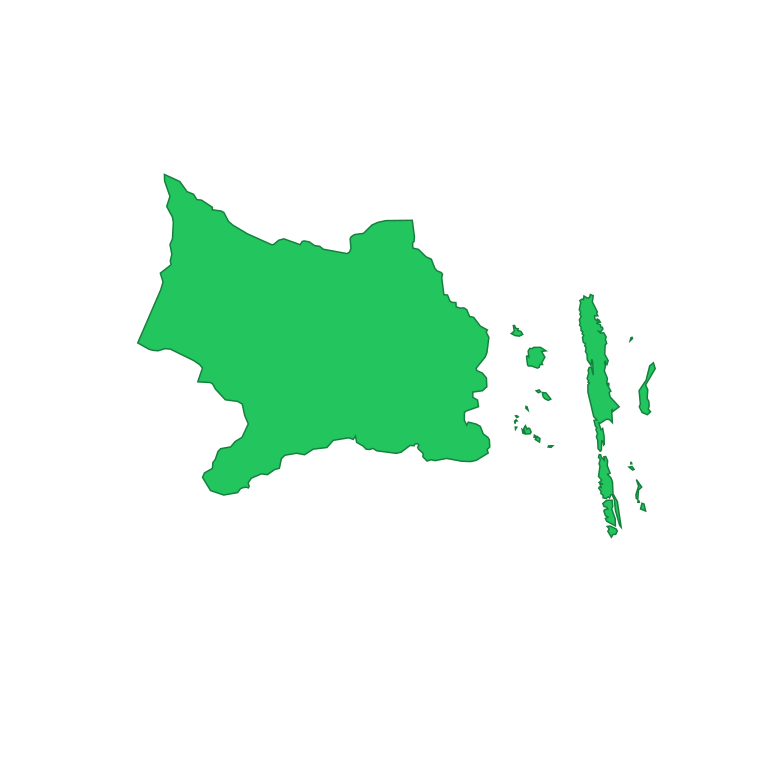 Hai Ha, Quảng Ninh, Vietnam, rotated 297°
{"feature_id": "81297802B53592665760601", "entity_name": "Hai Ha", "entity_type": "district", "adm_level": 2, "iso_a3": "VNM", "parent_name": "Vietnam", "parent_adm1": "Quảng Ninh", "projection": "equal_earth", "projection_center": [107.715, 21.448], "detail": "fine", "context": "isolated", "style": "filled", "palette": "green", "viewbox_px": 768, "rotation_deg": 297, "n_neighbors": 0, "source": "geoboundaries", "source_scale": "gbopen_adm2", "svg_char_len": 6193}
<svg xmlns="http://www.w3.org/2000/svg" viewBox="0 0 768 768"><g transform="rotate(297 384 384)"><path d="M229.8,310.3L231.5,310.4L234.2,307.9L239.8,308.5L248.3,315.6L250.3,321.3L258.1,325.4L261.4,329.0L270.9,326.5L275.5,328.0L282.6,337.5L284.9,345.3L293.9,350.6L301.5,362.0L310.8,364.4L320.1,377.1L320.7,381.8L324.6,382.2L319.6,386.1L319.2,393.6L317.8,397.6L319.1,401.0L321.6,403.4L321.2,407.9L327.8,426.5L331.1,430.3L341.1,435.1L342.6,438.9L344.6,438.8L346.0,441.0L345.5,442.8L343.0,442.7L341.7,444.0L339.9,450.4L336.8,451.7L334.9,457.3L337.9,460.4L338.9,464.3L346.1,473.6L350.5,488.4L354.2,496.4L357.9,500.9L369.8,508.2L372.3,505.7L376.0,506.8L382.1,503.2L383.6,500.7L384.6,495.1L389.9,489.1L390.2,484.7L388.3,476.4L384.9,476.4L388.2,472.0L394.9,468.7L397.0,469.3L406.7,478.5L412.2,474.6L412.4,469.3L417.1,466.8L422.7,474.8L428.2,476.9L435.9,472.5L438.4,466.6L438.1,460.7L439.8,458.9L453.9,461.9L458.6,461.5L473.1,456.3L476.5,451.6L479.1,451.6L479.3,443.6L484.1,433.6L483.0,429.6L487.7,424.1L488.1,420.7L486.1,417.2L485.5,413.3L489.2,411.1L487.6,407.4L487.9,404.9L492.1,400.2L490.8,396.8L505.0,387.1L508.4,386.3L509.3,384.4L508.9,379.8L510.2,376.7L516.7,369.5L516.4,363.8L519.6,353.6L518.2,348.0L522.8,345.4L524.5,346.1L528.8,344.4L542.7,334.9L530.5,311.6L525.3,305.2L520.2,301.1L508.9,297.3L503.7,289.8L500.0,287.8L497.8,288.0L489.6,293.1L485.6,293.3L483.4,291.8L476.5,268.6L477.5,264.1L475.8,259.4L476.7,252.9L475.3,248.0L473.9,246.4L470.1,246.1L467.9,228.9L464.3,224.9L458.0,222.2L457.1,220.7L455.8,194.0L456.9,177.2L458.3,171.6L464.2,163.3L464.1,160.1L461.3,151.9L463.5,150.9L465.0,137.9L463.3,133.6L466.6,128.1L466.0,121.2L471.7,110.1L471.0,93.2L465.2,96.4L454.0,108.1L443.5,109.8L436.6,119.8L432.2,123.0L417.3,129.6L411.1,130.0L403.2,136.1L396.6,137.7L393.7,140.2L381.2,134.4L374.6,140.8L366.6,142.3L308.8,145.9L308.3,158.9L309.2,163.2L311.1,167.7L316.1,172.9L318.1,178.0L318.5,204.1L317.5,211.2L315.8,215.0L301.4,217.1L306.5,228.7L306.2,231.4L302.9,236.2L297.9,249.8L302.0,261.3L301.8,266.8L292.8,274.1L286.8,281.2L272.0,281.7L265.0,277.4L258.4,276.0L252.2,267.8L248.5,266.7L240.3,267.9L236.3,267.2L230.9,269.4L223.3,264.4L218.4,264.7L210.3,277.8L212.3,291.6L220.8,302.9L225.4,303.6L227.5,305.3L229.6,308.2L229.8,310.3ZM549.8,523.4L549.5,521.9L547.3,520.6L545.6,522.4L538.7,524.3L537.4,526.5L535.0,526.9L533.7,529.0L529.8,528.9L527.4,531.2L525.2,531.5L524.3,533.7L521.1,535.2L520.7,537.4L518.7,537.7L518.2,539.8L515.3,539.8L511.6,542.7L511.2,545.3L509.1,545.5L508.4,547.4L504.3,548.8L502.9,551.2L497.8,554.2L494.5,560.1L500.4,557.8L498.3,559.9L486.9,566.5L493.1,561.0L491.9,559.3L488.6,559.7L486.8,561.4L481.1,562.5L479.5,565.0L478.2,565.0L478.1,566.5L475.7,566.1L469.3,569.4L450.2,585.6L448.7,589.9L446.9,587.6L442.4,591.5L441.6,593.5L439.6,593.5L436.8,596.7L433.3,597.3L430.9,599.9L423.6,604.1L422.3,607.2L423.8,607.7L432.1,603.8L432.4,605.2L429.3,607.4L430.1,607.7L437.7,603.6L443.7,599.0L441.7,598.2L446.8,593.0L447.5,594.7L453.4,598.0L454.7,601.0L453.3,605.0L463.7,598.9L464.7,599.1L463.4,600.4L470.5,603.9L475.2,591.2L478.8,588.4L480.6,589.4L484.9,583.1L485.8,583.3L485.4,584.7L486.6,584.1L485.9,582.1L490.4,580.5L495.7,574.4L501.2,572.9L503.3,570.6L505.6,570.9L503.4,571.5L502.5,573.8L506.5,573.2L510.7,567.2L519.2,563.3L521.3,564.0L524.3,561.0L526.8,560.6L529.4,556.5L527.6,553.8L528.4,551.3L529.0,553.4L532.3,554.1L533.7,552.7L533.2,551.4L535.1,549.9L534.6,546.2L535.6,546.1L537.2,548.7L538.5,546.8L538.7,544.7L536.9,545.7L537.6,542.5L540.3,540.6L541.8,543.6L543.4,541.4L545.1,541.4L551.7,532.4L557.7,530.3L557.4,527.2L554.7,527.8L552.9,526.5L553.2,522.2L549.8,523.4ZM417.6,610.7L419.3,609.2L418.8,607.8L416.0,608.4L414.9,611.0L410.5,611.8L408.9,613.7L399.0,617.1L397.2,621.6L393.9,620.4L394.2,624.6L392.8,622.0L390.4,624.5L390.0,622.6L388.6,622.7L387.1,625.9L384.8,627.1L384.3,629.8L382.0,630.8L382.8,633.7L385.3,635.2L384.9,636.7L388.5,636.4L388.8,637.8L385.5,641.7L376.3,647.7L365.1,658.1L364.1,660.3L385.2,645.3L390.1,637.9L400.4,632.1L403.3,629.0L405.0,624.2L407.2,626.0L412.5,620.0L417.1,618.1L420.0,614.5L419.0,613.0L416.2,614.8L417.6,610.7ZM525.2,614.4L520.8,612.5L506.4,615.8L493.9,614.3L482.4,621.6L479.6,621.8L475.8,626.9L476.2,632.6L480.3,634.1L481.6,630.9L485.0,630.2L488.9,627.7L490.6,625.0L498.5,621.7L501.9,617.5L520.8,618.7L525.2,614.4ZM484.6,500.8L482.8,499.9L481.9,497.7L478.7,497.5L473.8,500.8L474.0,498.7L473.2,498.5L466.2,503.2L465.6,504.4L467.0,507.2L467.8,513.5L469.4,514.7L472.3,514.1L473.3,516.4L474.5,514.9L480.9,515.2L484.5,509.6L487.1,513.3L487.7,506.7L484.6,500.8ZM384.0,640.0L381.4,635.1L376.8,633.2L374.7,635.7L375.4,638.2L374.2,640.2L372.4,637.7L370.7,637.5L367.2,641.1L367.1,644.1L364.7,642.3L362.8,644.9L362.6,654.6L368.9,651.2L376.0,643.6L378.8,643.4L384.0,640.0ZM360.1,650.0L358.4,647.5L357.2,650.4L354.4,650.3L350.7,656.2L353.9,656.4L355.2,658.7L358.9,658.7L360.2,656.8L360.1,650.0ZM493.5,475.8L495.4,473.8L494.8,472.7L490.2,476.1L486.7,474.5L486.7,479.0L488.1,482.9L491.2,485.1L493.0,482.1L492.4,478.7L494.1,478.6L493.5,475.8ZM409.2,660.4L413.4,652.2L408.6,657.2L399.7,658.7L396.7,660.6L396.2,662.6L405.1,658.9L409.2,660.4ZM446.3,539.5L449.6,532.4L448.3,528.9L444.8,531.7L443.9,534.0L444.0,537.8L446.3,539.5ZM408.0,536.9L410.4,534.1L410.2,532.6L408.7,532.0L411.1,528.9L407.6,528.7L403.7,532.9L406.1,536.9L408.0,536.9ZM394.9,668.0L389.1,669.3L389.6,674.8L395.1,670.1L394.9,668.0ZM406.2,547.8L406.8,544.3L403.2,544.0L402.8,548.9L406.2,547.8ZM421.5,645.6L423.1,642.4L421.2,640.0L420.2,644.6L421.5,645.6ZM448.2,527.1L449.2,525.0L447.0,522.7L446.3,525.5L448.2,527.1ZM405.6,562.4L403.7,558.8L402.4,558.8L403.4,561.7L405.6,562.4ZM537.4,584.8L538.2,583.8L537.3,583.0L534.2,583.7L537.4,584.8ZM403.4,531.3L405.9,529.3L406.2,527.7L403.2,530.2L403.4,531.3ZM426.0,524.3L428.6,521.9L428.5,520.7L426.8,521.4L426.0,524.3ZM412.0,517.9L410.1,517.2L408.1,518.8L410.4,518.1L411.6,519.4L412.0,517.9ZM406.4,543.1L406.7,541.2L404.6,541.9L405.0,543.1L406.4,543.1ZM415.7,518.5L416.1,516.7L415.3,515.7L414.4,517.6L415.7,518.5ZM394.5,665.2L395.6,664.2L395.6,663.2L393.8,663.9L394.5,665.2ZM405.8,521.9L405.2,520.5L403.4,521.7L405.8,521.9ZM425.4,641.0L426.3,640.2L426.3,639.6L424.9,640.1L425.4,641.0Z" fill="#22c55e" stroke="#15803d" stroke-width="1.5"/></g></svg>